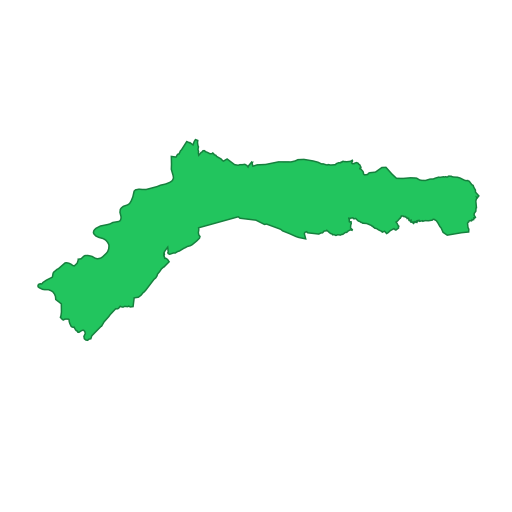 the district of San Lucas, Michoacán, Mexico, rotated 99°
{"feature_id": "50627088B69518747505267", "entity_name": "San Lucas", "entity_type": "district", "adm_level": 2, "iso_a3": "MEX", "parent_name": "Mexico", "parent_adm1": "Michoacán", "projection": "mercator", "projection_center": [-100.756, 18.588], "detail": "fine", "context": "isolated", "style": "filled", "palette": "green", "viewbox_px": 512, "rotation_deg": 99, "n_neighbors": 0, "source": "geoboundaries", "source_scale": "gbopen_adm2", "svg_char_len": 6099}
<svg xmlns="http://www.w3.org/2000/svg" viewBox="0 0 512 512"><g transform="rotate(99 256 256)"><path d="M199.0,49.7L196.2,50.0L194.7,51.1L190.6,52.2L189.6,51.9L189.2,51.3L187.9,50.9L187.5,50.1L187.7,48.9L187.2,48.3L186.2,48.3L186.3,47.5L186.0,46.7L184.3,46.8L184.4,46.0L183.5,45.3L181.5,47.0L179.7,47.1L177.4,45.9L174.3,46.2L173.9,45.8L167.3,47.5L165.1,47.2L164.4,46.7L163.6,47.2L163.9,46.5L161.8,45.3L158.6,49.2L156.6,49.6L154.1,51.6L152.3,52.6L151.8,54.0L148.8,57.1L148.7,58.1L148.3,58.6L148.7,60.3L148.6,61.8L147.1,66.5L146.7,69.3L147.1,73.2L147.0,74.9L146.7,75.4L146.9,77.9L147.1,78.5L147.7,78.8L148.2,79.7L148.0,81.1L148.6,82.5L148.4,83.1L149.6,86.7L149.5,87.8L151.1,91.2L152.2,92.9L152.8,96.1L154.9,100.4L155.4,104.3L155.3,106.3L154.0,109.5L154.1,111.3L154.6,115.6L156.4,122.9L157.3,129.4L153.6,134.8L148.1,141.5L148.9,145.5L154.5,151.2L155.9,156.5L156.6,157.7L158.1,158.6L158.9,161.5L158.2,162.6L156.3,163.2L155.5,163.9L153.7,166.1L153.6,167.1L153.1,167.2L152.5,166.3L152.0,166.2L149.5,168.0L149.4,169.0L148.5,169.5L148.0,171.3L149.1,173.5L149.5,173.6L149.7,175.3L149.1,176.1L147.0,175.5L146.4,175.9L147.5,177.2L147.9,178.2L148.8,181.4L148.8,182.8L149.0,183.5L148.8,184.9L149.8,186.1L149.9,187.2L150.1,186.3L150.8,187.2L150.9,188.8L152.2,191.1L153.4,191.9L154.5,196.5L154.4,199.0L154.8,199.3L155.0,200.8L154.5,203.9L154.8,205.8L153.7,209.4L153.2,214.5L153.1,223.8L154.3,229.7L156.0,232.2L157.6,236.1L159.5,248.5L164.1,260.8L165.8,269.1L167.8,273.1L165.2,274.3L164.1,274.1L164.3,274.6L163.9,275.0L168.3,277.6L169.3,277.8L168.0,279.2L167.2,281.4L168.0,284.0L168.3,286.1L169.2,287.9L169.1,291.5L164.7,299.7L167.4,303.0L166.9,304.1L165.6,305.7L163.8,310.5L162.8,311.4L162.5,313.2L161.7,313.7L161.0,314.8L161.7,315.2L162.2,317.4L161.3,320.1L160.8,322.5L160.0,323.2L160.3,324.8L161.5,325.4L162.3,326.4L165.4,328.3L163.2,329.1L162.1,329.0L159.6,330.0L157.2,329.9L155.9,330.7L153.2,331.5L151.0,331.6L150.5,334.0L152.5,334.9L156.1,335.6L154.4,338.9L154.7,339.0L153.8,342.3L163.0,346.3L163.8,347.0L167.3,348.0L167.5,348.9L168.2,349.5L170.8,350.5L170.9,355.2L178.7,353.8L183.6,353.2L189.6,350.4L191.9,349.7L194.0,350.2L195.3,351.0L196.8,352.7L199.1,356.6L201.0,361.4L202.9,364.5L207.5,374.9L208.1,378.9L208.3,382.0L209.5,385.3L211.0,386.5L216.9,386.9L221.2,387.9L224.0,389.1L225.6,390.8L227.7,394.8L229.6,396.5L231.2,397.3L234.1,397.2L238.2,395.5L239.7,395.2L241.6,395.4L242.7,396.0L243.4,397.0L245.3,402.7L247.1,405.1L248.2,407.6L250.7,414.3L253.7,418.4L255.3,419.6L256.7,420.2L258.5,420.2L259.6,419.5L261.3,417.3L262.2,414.2L262.7,409.8L263.5,407.6L264.1,406.5L265.7,404.7L267.7,403.2L268.9,402.8L271.9,402.6L274.9,403.2L276.7,404.2L280.9,407.4L282.4,409.1L283.6,412.2L283.3,414.7L282.1,417.7L281.9,419.7L281.8,422.2L282.3,424.9L283.2,426.1L286.1,428.3L287.0,431.1L287.5,430.9L291.1,431.5L294.2,433.9L294.1,435.4L293.1,437.3L292.4,439.7L292.3,442.1L292.7,443.5L299.5,449.2L300.2,450.3L303.5,453.2L304.7,453.7L308.5,453.8L308.9,454.0L312.6,459.2L315.5,462.3L316.8,463.0L317.3,463.9L317.1,464.7L318.1,466.4L319.4,466.7L320.5,466.4L321.3,465.0L322.3,461.7L322.3,459.5L321.7,455.7L322.4,452.8L323.2,451.0L325.2,449.0L327.4,447.7L330.3,447.0L333.7,440.8L341.8,439.4L345.3,439.3L347.2,439.6L348.7,437.7L349.2,436.9L349.3,436.0L348.5,435.4L348.0,433.8L347.7,431.3L348.0,430.7L350.0,430.2L351.7,429.4L354.5,427.5L354.9,426.5L355.0,425.2L354.7,424.6L357.1,422.7L357.9,421.7L358.1,420.8L359.1,420.1L359.1,419.0L357.0,416.6L356.3,415.3L356.3,414.6L357.5,413.2L359.3,412.5L362.3,413.4L364.6,412.6L365.6,410.9L365.6,409.1L364.2,407.9L363.6,406.2L360.5,405.7L349.8,398.1L349.6,397.6L344.9,395.8L338.8,391.9L336.6,390.8L330.0,386.3L330.0,385.1L329.6,384.1L328.9,383.4L326.9,382.3L327.2,381.7L327.3,379.8L327.2,379.2L326.3,377.9L326.1,374.7L325.4,373.9L326.0,372.2L325.2,369.5L316.4,369.8L315.1,365.7L312.7,363.4L309.6,361.6L309.2,361.0L307.1,359.6L295.0,353.1L293.3,351.6L291.2,350.7L289.2,350.4L286.6,348.8L283.6,347.4L281.4,345.6L281.3,345.2L275.3,340.9L273.3,342.8L272.3,344.9L272.6,345.8L269.8,346.9L270.0,347.2L269.7,347.3L269.4,347.3L268.9,346.7L268.0,347.0L268.0,347.4L267.6,347.5L265.1,346.7L261.1,344.6L265.8,343.3L266.6,343.6L267.4,343.0L267.8,341.6L265.9,337.9L265.7,336.3L263.8,334.0L263.1,332.5L259.6,328.4L258.8,327.1L257.4,325.4L256.1,322.5L254.8,320.8L250.4,316.9L247.2,314.6L245.4,314.4L244.3,315.7L242.0,316.6L239.1,316.6L237.1,317.1L220.0,279.6L221.2,277.8L220.6,261.7L223.5,252.5L222.8,250.7L225.4,237.5L225.9,235.5L227.0,233.7L228.7,226.2L230.5,219.6L231.0,216.7L231.3,209.6L226.6,211.7L225.8,211.7L224.8,211.2L224.0,209.7L224.7,209.2L225.0,208.6L224.5,197.4L223.1,195.5L222.7,193.9L220.6,192.5L220.2,190.5L219.5,190.1L221.5,187.0L222.2,185.6L222.3,184.4L223.1,183.5L222.6,182.2L223.2,180.6L223.0,179.8L222.2,178.7L222.1,175.8L221.3,174.8L221.1,173.7L218.8,171.5L218.5,170.1L216.9,168.9L215.6,167.2L215.4,166.0L215.6,165.2L214.9,165.0L213.6,167.0L210.6,167.3L209.1,167.0L207.3,167.5L207.7,169.0L206.8,169.4L205.3,169.4L204.7,170.2L204.1,170.2L204.2,169.6L203.1,166.3L203.9,165.5L203.8,164.5L203.3,163.5L205.4,160.5L205.9,158.2L206.4,157.6L206.4,156.6L206.9,155.8L206.6,151.7L207.6,147.6L207.9,146.5L208.4,146.1L208.5,145.0L209.3,144.5L209.4,143.6L209.9,143.2L210.1,141.0L211.0,139.1L212.1,135.4L212.7,135.0L211.4,132.9L213.4,130.5L212.2,129.1L209.9,127.3L207.5,124.2L207.8,124.0L207.7,123.2L208.3,122.8L208.5,121.9L206.1,119.6L204.7,119.9L204.2,119.6L203.7,120.4L201.7,121.8L200.6,123.0L199.2,121.6L196.1,119.7L196.1,119.4L194.8,119.0L194.3,118.5L193.7,118.6L193.5,116.8L194.1,115.9L193.6,115.0L194.2,114.2L194.3,113.1L195.4,112.6L194.9,111.2L196.8,110.5L197.1,110.1L196.8,109.7L197.0,109.4L196.3,108.5L196.6,108.4L197.0,108.8L197.9,108.6L197.6,108.2L198.2,108.0L198.3,107.6L197.9,106.4L198.6,106.4L199.2,105.4L197.1,104.5L197.1,103.9L197.8,103.4L197.7,102.7L197.2,103.2L195.9,102.5L195.8,102.1L196.5,101.8L195.2,100.6L195.6,100.2L196.0,100.2L196.2,99.9L195.1,97.1L195.6,96.7L194.6,94.5L194.2,91.1L193.0,87.5L192.0,86.8L192.0,85.3L192.3,85.1L192.9,83.4L194.9,81.5L198.1,79.0L199.4,77.5L203.4,74.9L205.5,70.4L200.8,56.5L199.0,49.7Z" fill="#22c55e" stroke="#15803d" stroke-width="1.5"/></g></svg>